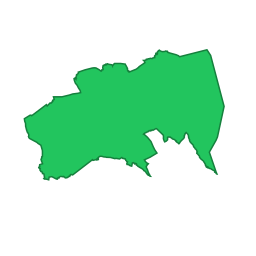 Grue nor, Hedmark, Norway, rotated 345°
{"feature_id": "86288312B6649018055667", "entity_name": "Grue nor", "entity_type": "district", "adm_level": 2, "iso_a3": "NOR", "parent_name": "Norway", "parent_adm1": "Hedmark", "projection": "mercator", "projection_center": [12.179, 60.414], "detail": "fine", "context": "isolated", "style": "filled", "palette": "green", "viewbox_px": 256, "rotation_deg": 345, "n_neighbors": 0, "source": "geoboundaries", "source_scale": "gbopen_adm2", "svg_char_len": 5760}
<svg xmlns="http://www.w3.org/2000/svg" viewBox="0 0 256 256"><g transform="rotate(345 128 128)"><path d="M38.0,157.5L39.1,155.0L41.9,155.3L45.1,158.3L45.4,158.3L45.4,158.5L45.8,158.8L46.1,158.7L46.2,159.0L46.6,159.1L46.8,158.6L47.5,158.4L47.5,158.2L47.6,157.9L48.4,157.8L48.6,158.2L49.3,157.5L50.1,157.3L52.0,157.9L52.6,158.4L53.0,158.1L53.4,158.2L54.2,159.3L54.4,159.9L55.2,160.2L56.5,160.0L56.8,160.2L57.5,159.8L58.0,159.8L58.2,159.4L59.1,159.3L59.3,159.5L59.7,159.0L59.7,158.7L60.5,158.5L60.4,158.2L60.5,158.1L61.0,158.1L62.4,159.0L85.5,149.4L85.8,150.2L88.9,150.3L90.2,149.7L90.3,150.5L90.1,150.8L91.2,150.8L91.6,148.8L93.4,148.1L94.1,148.2L95.4,148.6L97.2,149.7L98.8,150.2L99.5,150.7L103.4,151.9L107.4,154.2L108.5,154.2L111.8,155.7L114.4,154.9L114.7,155.4L114.9,155.9L115.5,156.3L116.1,156.3L116.3,156.6L117.3,157.0L117.2,157.5L117.5,158.0L117.5,158.6L118.0,159.4L118.1,160.0L118.6,160.5L118.4,160.6L118.3,161.1L117.5,162.4L117.7,162.8L117.8,162.8L117.8,163.1L118.9,163.4L120.3,165.0L121.7,165.8L123.2,162.8L124.5,162.9L124.7,163.8L124.9,163.9L125.0,164.2L125.4,163.9L126.2,164.2L126.9,164.7L126.9,164.9L126.3,165.4L126.4,165.6L126.5,165.9L126.9,165.9L127.5,167.3L127.9,167.8L128.3,167.9L128.8,168.9L129.4,169.1L129.5,169.4L129.8,169.8L130.6,170.4L130.9,170.9L131.4,171.3L132.0,172.3L132.3,173.3L132.8,173.5L133.8,175.2L134.0,176.1L134.8,177.7L134.7,177.9L135.5,179.0L136.5,179.4L136.8,180.3L137.1,180.4L137.0,180.2L136.7,178.6L136.7,178.2L136.3,178.0L136.3,177.3L136.2,177.0L136.3,176.7L136.2,176.5L136.1,175.3L136.0,175.1L136.1,174.6L136.0,174.1L136.0,172.9L135.6,171.8L135.6,169.9L136.6,169.2L136.8,168.5L137.6,168.3L138.4,167.8L137.4,166.8L136.8,166.3L136.7,165.8L136.1,164.9L135.9,164.2L136.0,163.9L135.9,163.8L135.6,163.0L141.9,161.9L149.5,159.7L148.2,156.0L147.5,152.5L146.7,147.0L144.4,142.0L141.9,138.2L141.5,138.0L142.0,137.6L143.3,137.2L144.1,137.2L144.4,136.9L146.4,136.8L146.5,136.5L147.6,136.3L147.9,136.0L148.6,136.6L149.4,136.2L149.5,136.5L150.3,136.6L150.9,136.1L151.8,136.6L154.9,135.8L155.3,136.0L155.8,136.7L158.8,141.6L160.2,144.0L160.1,145.2L159.4,147.6L159.6,149.9L159.9,150.9L161.5,150.6L163.1,149.7L163.5,148.8L163.6,147.6L163.9,147.2L164.6,147.1L165.4,147.5L166.2,147.5L166.8,148.2L167.1,148.7L167.8,149.3L167.8,149.6L168.4,150.3L169.8,151.1L170.5,152.2L171.2,152.9L171.3,153.0L170.9,153.4L171.8,154.7L172.9,155.8L172.9,156.1L173.1,156.4L173.9,155.9L174.7,155.1L176.3,154.0L179.1,152.5L180.2,151.2L180.2,150.8L180.1,150.4L180.5,149.8L181.2,149.3L181.3,148.7L181.8,148.2L183.0,147.4L184.2,149.6L184.4,150.7L184.2,151.4L184.3,152.2L184.0,153.1L184.2,153.7L184.2,154.3L184.5,155.2L184.3,155.5L184.2,156.1L184.5,157.7L184.8,157.9L185.2,159.2L185.8,160.0L186.3,160.9L186.6,161.9L186.5,162.5L186.8,163.7L187.3,164.4L187.6,165.7L188.1,166.1L188.6,167.5L188.5,168.6L188.8,169.1L188.0,169.8L187.9,170.2L188.7,171.5L189.1,172.5L189.6,173.3L189.7,173.8L189.5,174.6L190.2,176.5L192.4,179.6L192.6,180.8L192.8,181.1L193.0,182.0L193.4,182.9L193.4,183.2L193.1,183.6L193.3,184.3L193.6,184.8L193.4,185.3L193.5,185.8L193.9,186.3L194.6,186.0L194.7,186.4L195.2,186.4L195.3,186.9L195.1,187.3L195.7,187.4L196.1,188.1L197.2,188.6L197.7,189.0L197.9,189.5L198.6,190.0L199.5,191.1L200.6,191.7L200.9,192.1L200.5,192.5L200.3,193.1L201.2,193.6L201.3,194.5L201.6,195.2L202.0,195.4L201.7,193.3L200.3,172.4L209.9,162.6L212.1,159.8L226.4,132.0L226.6,79.3L224.5,72.9L196.3,72.5L195.4,71.2L193.3,69.6L187.3,66.1L185.9,65.1L186.0,64.3L185.7,63.9L185.0,63.9L184.4,63.4L183.5,63.6L181.1,63.2L179.7,62.4L179.0,61.8L178.4,60.9L177.2,61.3L176.9,61.6L176.9,61.9L176.1,62.1L175.7,62.9L175.8,63.4L175.7,63.9L175.4,64.0L175.1,64.5L174.8,64.4L174.8,63.8L174.5,63.0L174.3,63.0L173.9,63.8L173.7,64.5L172.3,65.3L172.1,65.8L172.3,66.2L171.7,66.7L171.8,66.9L169.9,66.8L169.3,67.2L167.4,66.4L166.4,66.7L165.4,66.3L164.1,66.8L163.5,66.3L162.9,66.9L162.3,67.1L160.7,66.8L161.0,67.2L161.1,68.0L161.1,68.7L161.3,69.3L154.4,71.7L153.9,72.4L153.3,72.4L151.3,73.3L144.0,74.2L144.0,73.7L143.6,73.3L143.5,74.0L143.3,74.0L143.1,73.1L142.8,73.1L142.5,72.1L142.7,71.2L142.9,70.8L142.6,70.2L142.8,69.9L142.7,69.7L142.7,69.1L142.4,68.3L142.3,67.4L142.0,66.8L141.9,65.6L137.4,63.7L131.7,62.2L131.3,62.3L130.2,63.3L129.6,63.5L129.2,63.4L129.1,63.7L128.9,62.8L125.9,61.5L124.7,60.6L124.3,60.7L123.8,61.3L122.9,61.4L122.5,61.1L122.6,60.8L121.9,61.1L121.5,60.9L120.9,61.1L120.8,61.4L120.5,61.3L120.4,61.5L120.1,61.4L120.0,61.9L119.5,62.4L119.1,63.5L119.3,64.6L119.1,64.7L118.9,65.2L117.7,65.1L117.3,65.7L117.3,66.0L117.2,66.3L117.3,66.5L116.6,66.0L115.1,64.1L112.6,61.7L110.9,61.1L108.9,60.8L101.7,60.7L94.4,61.2L94.4,61.8L94.0,62.5L92.2,63.2L92.1,63.8L91.8,63.8L91.8,64.2L90.8,65.5L91.0,65.9L91.0,66.3L90.1,65.9L90.0,66.2L90.1,67.0L89.5,66.3L88.7,66.3L88.6,66.9L88.5,68.2L88.8,71.2L89.9,73.5L90.5,76.4L91.5,79.4L91.4,81.6L88.5,81.5L83.4,80.8L80.0,81.0L72.3,80.8L64.1,78.6L64.1,81.4L62.8,81.6L62.3,81.9L62.2,82.9L61.7,82.9L61.7,83.1L60.5,84.0L59.7,84.0L59.3,83.6L55.6,85.8L55.2,84.3L38.2,91.2L37.8,90.6L36.8,90.3L30.3,92.2L30.0,94.6L30.2,97.0L29.5,100.2L29.6,100.9L29.5,102.0L29.6,102.4L29.7,103.0L29.4,103.4L29.6,103.7L29.6,105.4L29.8,106.0L29.7,106.3L29.8,106.6L30.2,107.0L30.4,108.9L30.0,110.1L29.7,110.3L29.8,111.8L30.3,112.7L36.3,118.3L37.1,119.6L39.4,122.1L39.5,127.5L39.2,128.9L38.0,133.2L37.2,133.5L37.0,134.0L37.1,134.5L36.1,135.5L35.8,136.1L35.9,136.4L35.9,137.2L36.1,137.5L35.9,137.7L36.1,138.6L36.1,139.2L36.2,140.4L33.2,140.6L32.8,141.6L32.8,142.6L31.7,142.8L31.5,143.2L32.1,144.3L32.7,144.5L32.3,145.2L32.1,146.0L32.3,146.2L32.6,147.5L33.3,147.7L33.5,148.4L33.7,148.5L33.8,149.2L33.6,149.9L34.8,150.5L34.9,151.1L34.6,153.0L34.7,153.3L34.6,154.4L33.9,154.8L33.9,155.3L33.7,155.3L33.8,155.5L33.6,155.5L36.0,156.3L38.0,157.5Z" fill="#22c55e" stroke="#15803d" stroke-width="1.5"/></g></svg>